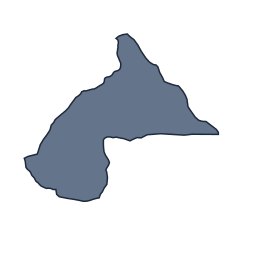 the district of Thedtsho, Wangdi Phodrang, Bhutan, rotated 200°
{"feature_id": "84629894B76025461135829", "entity_name": "Thedtsho", "entity_type": "district", "adm_level": 2, "iso_a3": "BTN", "parent_name": "Bhutan", "parent_adm1": "Wangdi Phodrang", "projection": "orthographic", "projection_center": [89.894, 27.49], "detail": "fine", "context": "isolated", "style": "filled", "palette": "slate", "viewbox_px": 256, "rotation_deg": 200, "n_neighbors": 0, "source": "geoboundaries", "source_scale": "gbopen_adm2", "svg_char_len": 2398}
<svg xmlns="http://www.w3.org/2000/svg" viewBox="0 0 256 256"><g transform="rotate(200 128 128)"><path d="M40.9,152.9L41.7,154.9L44.4,156.8L48.4,158.1L54.8,160.1L56.9,160.8L59.7,159.9L61.9,159.5L64.4,159.5L68.6,161.2L75.1,165.7L78.9,168.5L82.5,175.3L85.4,178.4L88.8,181.2L93.6,184.1L95.4,184.8L96.8,184.4L100.4,184.0L106.6,183.9L109.9,184.1L112.7,187.1L117.1,190.9L120.8,195.6L123.1,196.8L125.9,196.3L130.2,197.2L134.9,199.6L141.8,204.6L147.0,209.2L152.6,213.0L155.5,213.9L158.6,215.0L160.8,216.1L164.9,213.9L168.0,211.2L169.9,208.1L168.2,207.6L167.1,206.7L166.7,206.0L166.4,205.1L165.9,203.6L165.9,202.7L165.4,201.2L164.9,200.1L164.7,198.3L164.3,197.1L164.2,196.2L164.1,195.4L163.8,194.4L163.3,193.6L162.6,192.4L161.5,191.3L160.2,189.9L159.0,188.5L158.1,187.6L157.2,186.7L156.7,185.6L156.2,184.4L156.0,183.4L155.7,181.7L156.0,180.2L156.5,179.4L157.0,178.7L157.7,178.0L158.6,177.5L160.0,176.3L160.6,175.1L161.0,172.9L161.3,172.0L162.0,171.0L163.2,169.7L165.3,168.6L166.1,167.8L166.6,167.1L166.8,166.2L166.6,165.1L166.2,163.8L166.3,161.8L166.9,160.7L168.2,159.1L169.0,158.2L171.8,154.5L173.1,153.1L174.1,152.7L174.9,152.3L179.5,149.0L180.8,148.2L182.0,148.0L183.9,146.2L184.2,143.9L185.2,141.9L186.3,140.3L187.4,138.9L190.0,130.2L190.8,126.7L192.5,122.8L195.2,118.2L197.1,114.9L199.3,111.0L199.7,107.8L201.1,104.4L200.6,99.4L200.9,98.1L201.9,93.8L203.5,88.5L204.7,82.4L204.3,72.5L212.2,67.1L215.1,64.1L213.2,61.6L210.4,56.1L208.6,54.9L205.7,53.8L204.8,53.2L204.0,52.6L203.2,51.7L202.3,50.8L201.6,50.3L199.9,49.5L199.0,49.0L196.4,46.6L195.2,46.1L194.3,45.9L193.3,45.5L191.6,44.5L189.8,43.8L188.6,43.6L186.8,43.5L185.4,43.4L183.9,43.4L182.9,43.9L181.2,44.5L180.0,44.8L178.8,44.7L177.6,44.6L176.2,44.9L174.8,45.6L172.3,41.2L169.0,39.9L165.0,40.5L162.7,40.9L161.7,41.0L160.1,41.3L154.8,42.4L148.6,43.4L145.1,43.8L141.8,45.1L138.9,47.0L136.4,49.1L133.4,51.2L131.2,52.5L131.3,56.2L130.3,59.2L129.9,63.2L128.6,67.8L130.3,74.3L133.0,79.4L134.4,80.9L134.4,82.4L133.6,86.6L133.6,89.1L135.5,91.3L137.5,92.9L139.9,94.7L142.5,97.6L143.0,98.7L144.5,101.7L145.7,104.7L147.0,108.3L146.6,110.2L145.7,111.2L144.5,112.5L142.3,113.3L140.9,113.6L138.7,113.8L136.3,115.3L135.0,115.5L133.7,115.7L130.9,116.1L128.0,116.6L124.6,116.6L121.7,116.6L119.9,118.6L116.4,122.0L112.3,123.2L107.7,128.2L95.4,133.8L72.8,140.5L69.9,141.9L65.8,144.0L56.0,147.5L40.9,152.9Z" fill="#64748b" stroke="#1e293b" stroke-width="1.5"/></g></svg>